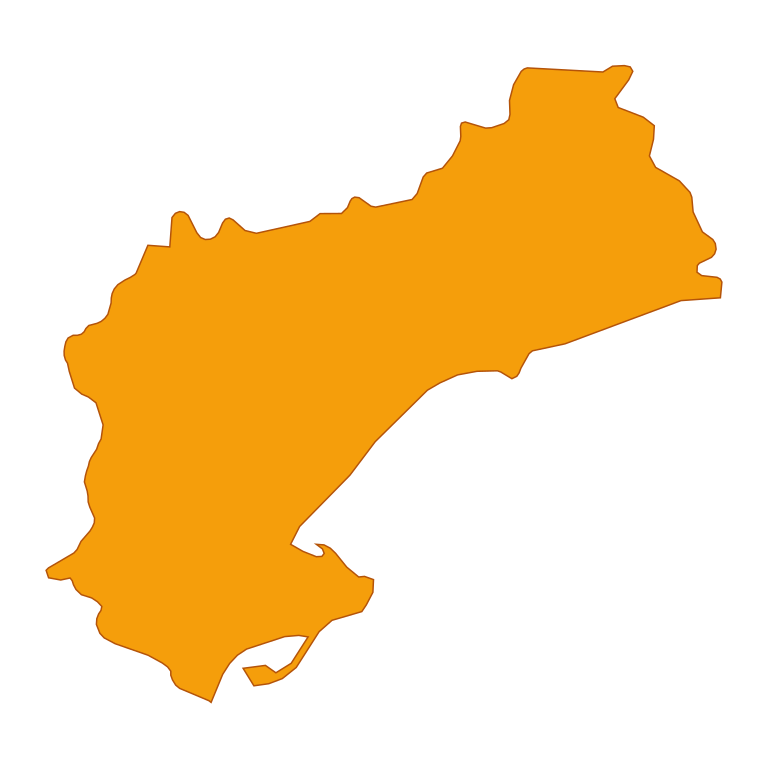 Tarragona, Equal Earth projection
{"feature_id": "ESP-5846", "entity_name": "Tarragona", "entity_type": "Autonomous Community", "adm_level": 1, "iso_a3": "ESP", "parent_name": "Spain", "parent_adm1": "", "projection": "equal_earth", "projection_center": [0.73, 41.051], "detail": "fine", "context": "isolated", "style": "filled", "palette": "amber", "viewbox_px": 768, "rotation_deg": 0, "n_neighbors": 0, "source": "natural_earth", "source_scale": "10m", "svg_char_len": 2636}
<svg xmlns="http://www.w3.org/2000/svg" viewBox="0 0 768 768"><path d="M720.4,297.8L681.0,300.6L565.1,343.8L532.5,350.8L529.0,353.7L520.9,368.2L519.1,372.9L516.8,376.3L511.9,378.7L500.8,372.0L497.4,370.8L477.0,371.3L457.6,374.9L439.9,382.9L427.4,390.2L375.2,441.7L349.9,475.2L299.6,526.5L290.6,544.3L303.0,551.4L316.3,556.7L321.9,556.4L324.2,553.4L322.4,548.9L316.3,544.3L324.0,544.9L330.3,548.2L335.6,553.3L346.7,567.1L358.7,577.0L364.5,576.4L373.5,579.6L372.9,592.3L366.3,604.9L361.8,611.6L332.0,620.3L319.1,631.7L296.2,667.5L282.3,678.6L268.8,683.7L253.9,685.8L243.1,668.3L265.4,665.4L275.9,672.8L291.2,663.3L308.1,636.9L298.8,635.4L284.7,636.6L246.5,649.1L237.4,655.2L229.6,663.5L222.7,674.3L211.1,702.4L208.9,700.7L179.7,688.4L175.7,685.1L172.5,679.9L170.8,675.2L170.8,671.2L167.6,666.9L162.3,663.0L148.0,655.2L115.1,643.7L104.2,637.9L99.9,633.3L96.4,624.4L96.8,618.7L98.6,614.0L101.0,610.4L101.8,606.4L97.4,601.7L91.6,597.9L81.4,594.7L76.0,589.5L73.5,584.8L72.2,580.7L70.1,578.0L60.7,580.0L48.6,577.8L46.1,570.3L48.5,567.9L73.9,553.0L77.1,549.5L81.0,541.4L90.0,531.0L92.4,527.1L94.3,522.8L94.6,518.0L89.8,507.1L88.2,502.0L88.0,495.9L87.2,491.0L84.4,481.9L85.4,475.9L86.7,470.9L88.4,466.1L89.4,461.6L91.2,457.6L96.6,449.3L98.6,443.5L101.1,439.0L103.1,424.9L96.0,402.8L88.4,397.0L81.7,394.1L74.5,388.1L69.3,371.5L67.5,363.2L65.5,360.0L64.2,355.5L64.1,351.1L64.8,346.5L65.9,341.8L68.1,338.0L73.1,335.3L77.4,335.3L81.4,334.2L84.2,331.7L85.9,328.5L88.8,325.5L97.1,323.3L101.2,321.4L104.9,318.3L107.9,314.3L111.1,303.0L111.3,297.9L112.2,293.5L114.3,288.9L117.9,284.6L125.0,280.0L130.3,277.4L134.9,274.5L136.1,273.2L147.9,245.3L169.8,246.9L172.0,217.5L175.4,213.3L179.6,211.6L184.1,212.3L188.1,215.4L196.8,232.7L200.6,237.5L205.2,239.5L210.3,239.2L215.1,236.8L218.6,232.5L222.6,223.0L225.4,219.2L229.2,218.0L233.1,219.9L245.0,230.5L256.4,233.3L309.9,221.4L320.1,213.6L341.5,213.5L347.5,207.6L350.2,201.1L351.9,198.6L354.7,197.1L359.1,197.7L371.0,206.2L375.7,207.1L412.1,199.5L417.2,193.5L423.2,177.0L426.7,173.0L442.5,168.2L452.5,155.9L460.2,140.8L460.8,136.4L460.4,126.5L461.5,123.1L465.2,122.0L485.6,128.1L491.7,127.7L504.1,123.5L508.8,119.7L510.0,114.3L509.5,100.4L513.6,84.7L521.2,71.4L524.1,69.0L527.3,67.9L602.9,72.0L612.5,66.2L624.4,65.6L630.2,66.9L632.8,71.3L628.7,79.9L614.8,98.7L618.2,107.5L643.3,117.2L654.3,125.7L653.5,139.3L649.4,155.9L655.6,167.4L679.4,180.9L690.0,192.4L691.8,197.2L693.1,211.9L702.4,231.9L712.8,239.5L715.3,243.5L716.1,249.2L714.6,253.8L711.5,257.3L699.3,263.2L697.3,265.6L697.0,272.2L701.7,275.6L717.0,277.3L720.2,279.0L721.9,282.1L720.4,297.8Z" fill="#f59e0b" stroke="#b45309" stroke-width="1.5"/></svg>